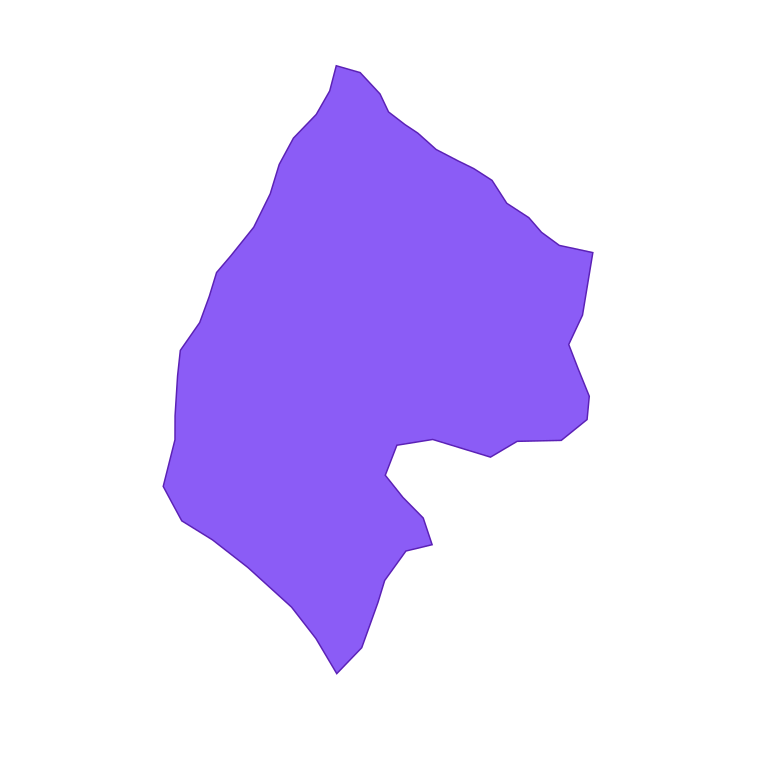 Arnadi, Cyprus (Natural Earth projection), rotated 287°
{"feature_id": "46923920B52091218012578", "entity_name": "Arnadi", "entity_type": "district", "adm_level": 2, "iso_a3": "CYP", "parent_name": "Cyprus", "parent_adm1": "", "projection": "natural_earth1", "projection_center": [33.853, 35.234], "detail": "fine", "context": "isolated", "style": "filled", "palette": "violet", "viewbox_px": 768, "rotation_deg": 287, "n_neighbors": 0, "source": "geoboundaries", "source_scale": "gbopen_adm2", "svg_char_len": 854}
<svg xmlns="http://www.w3.org/2000/svg" viewBox="0 0 768 768"><g transform="rotate(287 384 384)"><path d="M674.4,245.3L648.4,246.4L622.0,240.4L592.7,225.5L563.4,219.6L532.6,219.6L495.9,213.6L462.2,200.2L441.7,191.3L416.7,191.3L388.9,189.8L356.6,179.4L331.5,184.2L292.5,193.5L269.6,200.4L221.5,202.8L208.9,215.5L194.0,230.6L184.8,265.5L168.8,307.3L143.6,360.8L120.7,393.3L93.2,423.5L125.3,439.8L173.4,442.1L196.3,442.1L230.7,453.8L244.4,477.0L267.3,460.7L281.1,435.2L297.1,411.9L329.2,414.2L345.2,446.8L345.2,481.6L345.2,507.2L368.1,528.1L381.9,570.0L409.4,588.6L432.3,583.9L455.2,565.3L475.8,549.1L507.9,553.7L570.7,545.3L567.8,511.1L575.1,490.3L585.4,473.9L592.7,448.6L610.3,427.8L616.2,407.0L619.1,389.1L623.5,365.3L633.8,343.0L638.2,328.2L645.5,308.8L660.2,295.4L674.8,270.2L674.4,245.3Z" fill="#8b5cf6" stroke="#5b21b6" stroke-width="1.5"/></g></svg>